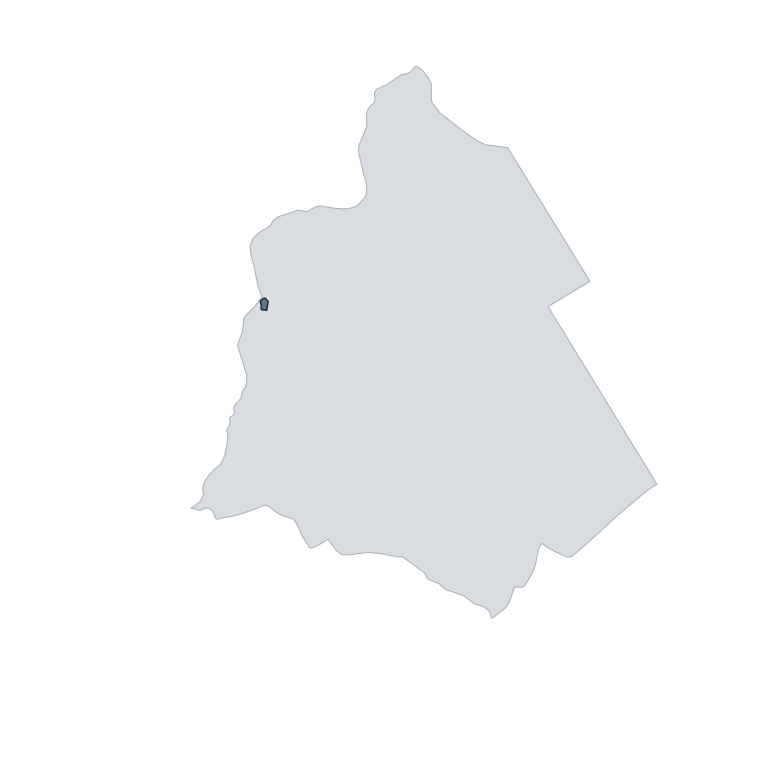 where Gaborone sits in Botswana, rotated 149°
{"feature_id": "BWA-5501", "entity_name": "Gaborone", "entity_type": "City", "adm_level": 1, "iso_a3": "BWA", "parent_name": "Botswana", "parent_adm1": "", "projection": "robinson", "projection_center": [25.92, -24.612], "detail": "fine", "context": "in_parent", "style": "filled", "palette": "slate", "viewbox_px": 768, "rotation_deg": 149, "n_neighbors": 0, "source": "natural_earth", "source_scale": "10m", "svg_char_len": 3041}
<svg xmlns="http://www.w3.org/2000/svg" viewBox="0 0 768 768"><g transform="rotate(149 384 384)"><path d="M412.5,128.0L411.6,130.8L410.8,134.8L411.7,137.9L413.7,142.0L416.5,145.5L418.7,147.7L421.3,152.9L423.9,159.5L427.3,164.6L437.3,176.4L438.4,180.6L439.8,184.7L446.0,192.7L447.0,195.4L446.6,200.8L453.0,217.1L457.3,226.6L460.8,228.4L472.3,238.5L482.3,246.7L494.0,252.2L502.6,255.8L506.8,258.5L508.9,261.0L510.6,265.9L511.5,274.3L511.8,279.8L521.0,279.6L528.7,280.1L531.3,281.2L532.3,282.8L532.1,286.4L532.2,291.8L532.5,296.1L531.7,300.7L531.1,306.2L530.8,312.9L531.9,315.6L539.3,324.1L542.4,329.6L545.6,338.0L547.5,340.6L549.1,341.7L555.7,342.6L572.9,346.1L583.4,349.3L591.8,352.6L595.3,353.5L597.0,354.4L597.5,355.2L596.4,362.5L596.8,364.8L597.7,366.9L599.1,368.5L600.9,369.6L607.2,370.3L611.0,374.8L613.4,376.8L601.9,377.9L596.2,381.6L592.9,388.2L587.7,393.0L580.6,396.1L573.2,398.3L565.3,399.4L556.9,405.1L548.0,415.3L543.4,421.7L543.2,424.3L541.2,426.6L537.4,428.5L535.3,430.8L534.7,433.5L532.7,434.8L529.2,434.7L526.7,436.7L525.2,440.8L522.1,443.2L517.2,444.1L513.0,446.4L509.5,450.1L506.8,452.0L504.9,452.1L501.9,455.1L497.1,462.3L496.3,465.6L489.6,492.6L486.0,495.8L479.0,501.3L473.4,508.0L471.0,511.9L468.3,513.7L455.3,516.9L450.5,518.7L444.7,521.2L443.2,523.5L441.8,531.9L437.8,543.8L434.5,552.6L432.4,560.3L428.8,569.8L425.6,573.0L422.0,575.9L417.2,577.4L410.8,578.3L404.9,578.0L400.4,578.2L394.1,581.5L388.2,581.7L378.9,579.8L371.4,577.9L368.0,577.5L361.3,571.3L357.0,571.4L350.4,570.9L346.7,569.5L343.3,566.3L335.9,560.1L328.6,555.0L322.2,552.0L316.2,550.6L310.5,551.8L306.1,553.2L304.3,553.8L300.9,556.5L297.4,561.4L294.6,569.2L293.5,573.9L290.3,584.0L286.1,596.1L284.1,599.6L281.7,602.2L278.0,604.5L265.8,614.1L259.7,624.9L255.9,628.0L251.2,629.5L247.3,630.4L245.2,632.2L242.8,637.7L240.7,639.6L238.4,640.4L231.4,639.7L229.1,639.2L210.5,640.2L204.9,638.5L200.8,637.8L194.5,640.1L191.9,638.6L189.7,634.0L188.5,624.9L188.8,617.2L192.1,611.3L195.0,607.0L197.7,601.4L198.0,598.9L197.5,596.6L196.8,592.0L196.5,587.3L192.4,577.0L187.3,563.3L180.5,548.0L178.4,543.8L174.1,537.2L158.6,524.6L156.2,522.9L156.2,521.5L156.1,509.3L155.9,493.0L155.8,476.8L155.6,460.6L155.4,444.4L155.2,428.2L155.1,412.0L154.9,395.8L154.7,379.6L154.6,365.9L165.7,365.9L179.5,365.9L195.9,365.9L203.2,365.9L203.6,363.7L203.5,353.6L203.2,330.6L203.0,307.5L202.8,284.4L202.6,261.4L202.4,238.3L202.2,215.2L202.0,192.1L201.8,169.1L201.7,157.7L214.5,157.0L229.1,154.7L252.7,150.9L274.8,146.2L289.2,143.4L306.3,140.2L312.1,139.6L313.7,140.1L316.1,141.2L324.0,152.7L329.0,161.5L330.0,165.2L331.0,165.6L333.3,165.1L335.9,163.6L343.9,154.9L345.6,152.6L350.7,148.3L356.9,144.0L362.6,141.0L368.2,138.4L370.9,139.0L374.0,141.2L376.7,142.6L389.6,132.0L395.3,129.5L410.4,127.6L412.5,128.0Z" fill="#d9dde1" stroke="#a8b0b8" stroke-width="1"/><path d="M440.9,514.2L446.6,507.7L450.6,510.6L450.5,511.9L448.1,515.7L448.1,517.1L446.9,519.0L444.8,519.1L443.7,519.5L442.0,519.0L441.4,517.8L441.2,515.8L440.9,514.2Z" fill="#64748b" stroke="#1e293b" stroke-width="1.5"/></g></svg>